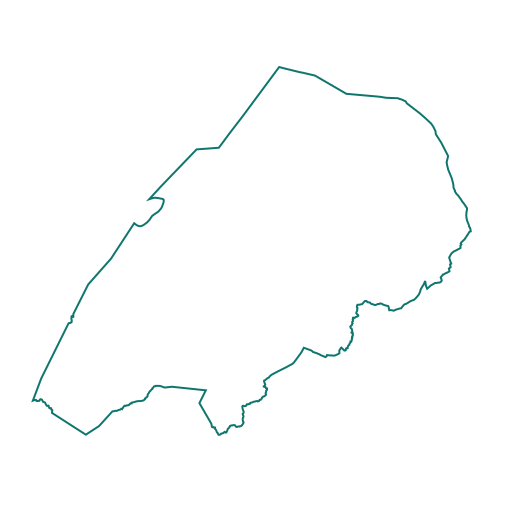 the district of "Øystre Slidre" nor, Oppland, Norway, rotated 274°
{"feature_id": "86288312B23530540977593", "entity_name": "\"Øystre Slidre\" nor", "entity_type": "district", "adm_level": 2, "iso_a3": "NOR", "parent_name": "Norway", "parent_adm1": "Oppland", "projection": "orthographic", "projection_center": [8.948, 61.251], "detail": "fine", "context": "isolated", "style": "outline", "palette": "teal", "viewbox_px": 512, "rotation_deg": 274, "n_neighbors": 0, "source": "geoboundaries", "source_scale": "gbopen_adm2", "svg_char_len": 5962}
<svg xmlns="http://www.w3.org/2000/svg" viewBox="0 0 512 512"><g transform="rotate(274 256 256)"><path d="M361.4,211.4L358.2,189.3L319.0,156.5L305.2,145.5L306.3,148.2L306.9,150.2L307.1,151.3L307.0,154.1L306.4,158.9L306.2,159.4L305.9,159.8L305.2,160.1L302.7,160.0L298.7,158.8L296.8,158.0L293.5,155.5L290.1,151.2L288.6,149.5L284.9,147.4L281.9,145.0L279.8,142.6L278.8,141.2L277.9,139.6L277.6,138.0L277.7,137.2L277.9,136.3L278.4,134.9L280.2,132.2L243.3,111.6L215.9,90.6L185.6,77.9L183.9,77.9L183.7,77.5L183.1,77.6L182.7,78.0L182.4,77.8L182.8,77.1L182.8,76.6L182.9,76.3L182.3,76.1L180.1,76.3L178.9,76.7L177.0,76.6L176.1,74.9L176.1,74.5L175.9,73.9L175.5,73.6L118.9,50.3L96.1,43.5L96.8,45.1L97.1,46.2L97.0,46.7L96.1,47.1L96.0,47.6L96.3,48.9L96.3,49.5L96.4,50.0L96.7,50.2L97.7,50.5L98.1,50.9L97.9,52.1L97.6,52.6L95.6,53.8L95.4,54.8L95.1,55.7L94.1,56.4L93.0,56.9L92.2,57.6L91.9,58.1L92.0,58.7L92.3,59.2L92.2,59.5L90.9,59.9L90.0,60.4L89.7,61.0L90.0,61.9L89.8,62.3L88.5,62.6L88.3,62.8L88.2,63.3L87.9,63.6L86.1,63.4L85.2,63.5L65.9,98.7L75.4,111.3L91.0,123.6L91.2,125.1L91.7,126.1L91.8,127.2L91.7,127.6L91.9,127.9L92.0,128.4L92.9,129.8L93.1,130.9L93.7,131.9L94.2,132.2L93.9,133.0L94.5,133.2L95.5,134.1L96.7,134.5L97.5,135.6L97.3,136.2L97.6,136.9L97.9,137.2L98.1,138.1L98.1,138.8L98.4,139.4L99.2,140.2L99.7,140.4L99.9,140.7L99.9,141.2L100.4,141.7L100.8,141.9L100.7,142.1L100.9,142.1L102.9,147.7L103.3,151.4L104.1,153.9L105.6,155.4L106.0,155.2L107.1,156.1L107.3,156.7L108.3,157.5L110.5,157.7L111.1,158.2L113.5,159.4L113.9,160.0L114.3,160.1L115.7,161.3L116.0,161.8L116.5,162.0L116.9,161.9L117.4,162.5L119.0,163.6L119.0,164.5L119.5,165.1L119.7,169.3L118.4,174.2L119.7,181.2L118.5,215.3L105.3,209.8L85.5,223.2L82.6,223.9L82.2,224.4L82.2,225.3L82.3,225.4L81.9,225.8L81.9,226.0L81.9,226.5L82.1,226.8L82.0,227.1L80.6,227.3L79.5,228.4L77.5,229.2L76.7,230.2L75.3,230.8L75.0,231.7L75.3,232.6L75.6,233.0L76.3,233.5L76.5,234.3L76.9,235.1L77.0,235.7L78.4,236.9L78.2,237.4L78.1,237.5L77.7,238.1L77.8,238.4L78.0,238.4L78.6,239.1L81.4,239.9L83.1,241.3L83.5,241.4L84.2,242.0L84.7,242.0L85.2,243.1L85.3,243.4L85.4,244.4L85.7,245.1L85.8,245.9L85.6,246.9L84.7,247.6L84.2,248.2L84.1,248.5L84.2,249.1L84.8,250.6L84.8,251.6L85.0,251.8L85.3,252.9L86.0,253.7L86.8,254.1L87.9,254.9L89.0,255.2L89.3,255.2L89.8,254.6L92.4,254.1L93.7,254.2L94.6,254.7L95.4,254.7L96.1,254.3L97.5,253.7L98.3,254.4L99.7,254.6L102.1,253.5L104.5,252.9L104.8,252.8L105.5,253.2L105.7,253.5L105.4,255.2L105.6,256.1L106.2,256.8L107.4,257.1L107.5,257.3L107.5,257.9L107.5,258.6L108.1,259.5L108.0,259.8L108.0,260.1L108.9,260.4L109.3,261.0L109.5,262.1L110.5,264.0L110.6,264.6L111.3,266.6L111.4,267.2L111.2,267.5L111.1,267.8L111.5,269.1L112.8,269.7L112.9,270.0L112.9,270.7L113.1,270.9L114.4,271.8L114.9,271.8L115.5,272.1L116.5,273.4L116.6,274.1L117.8,275.4L118.7,275.6L119.6,275.1L121.1,275.6L122.0,275.4L123.3,276.3L124.6,276.3L124.7,275.4L124.8,275.2L126.0,274.5L126.0,273.7L126.2,272.9L126.3,272.8L126.6,272.9L127.5,273.8L128.3,274.2L131.4,272.8L132.3,272.8L132.8,273.8L134.7,275.7L135.3,276.7L135.5,277.2L136.8,278.0L138.6,279.8L142.5,286.0L146.9,293.5L151.0,300.0L152.3,301.2L161.4,307.0L163.8,308.4L167.8,310.1L165.7,317.4L165.3,318.3L164.2,319.6L163.5,322.6L162.4,326.0L161.4,328.0L160.0,332.5L161.4,333.7L162.1,333.8L162.0,337.4L162.1,341.3L163.5,344.1L164.8,346.0L167.6,345.7L170.1,347.1L170.6,347.6L167.9,350.6L167.8,351.3L168.3,352.1L169.1,352.0L170.1,352.3L170.3,352.7L170.0,352.9L170.4,353.6L170.6,353.4L171.5,353.9L172.9,354.2L173.7,354.9L173.9,355.3L175.3,355.5L175.6,355.9L176.3,356.2L177.3,356.2L177.3,356.5L177.1,356.9L177.3,357.1L178.5,357.2L179.4,357.6L180.4,357.3L181.2,357.8L181.6,357.4L182.5,357.5L183.3,358.2L184.1,357.9L184.8,358.1L185.5,358.0L185.8,357.9L186.0,356.9L186.2,356.6L186.5,356.7L186.6,357.1L187.0,357.4L187.6,357.4L188.1,357.1L188.9,357.0L189.8,356.7L190.9,355.4L192.1,355.0L192.9,355.5L193.2,356.0L193.9,356.5L194.9,356.7L195.5,357.1L196.1,356.6L197.1,356.6L197.9,357.3L199.4,356.9L199.9,357.4L201.0,357.0L201.3,357.2L201.1,358.2L201.1,358.6L201.5,358.9L202.1,359.9L202.5,360.9L203.1,361.9L203.5,362.2L204.2,362.0L204.5,361.6L204.9,360.9L206.0,360.0L207.2,360.2L208.8,360.8L210.0,360.6L210.7,360.9L211.4,360.8L212.0,360.2L213.5,360.3L214.2,360.5L214.5,360.8L214.5,362.0L215.4,365.2L218.5,367.6L218.7,368.1L218.8,369.0L218.6,369.2L218.7,369.4L218.1,370.1L217.9,370.6L217.7,370.7L217.5,372.9L216.7,373.6L216.2,374.6L216.1,375.7L215.7,376.5L215.6,377.4L215.5,377.9L215.4,378.3L215.5,378.8L216.6,381.0L216.7,382.2L217.3,383.0L217.3,383.4L217.2,384.5L216.2,386.7L215.7,388.7L215.3,391.3L214.3,391.9L211.2,392.7L211.4,394.1L211.3,396.0L211.0,397.2L212.2,399.2L213.6,402.9L214.0,404.5L216.1,405.8L218.0,407.3L218.9,409.4L221.7,413.2L223.4,416.8L225.5,418.7L229.0,421.2L232.5,422.4L234.2,422.6L238.2,424.6L238.8,425.1L241.8,426.1L242.9,426.7L241.9,426.7L238.0,427.7L235.3,429.0L239.0,432.6L239.5,433.5L241.4,436.2L242.4,441.2L243.4,442.5L244.7,443.0L247.6,441.7L250.0,443.5L250.5,443.7L250.6,444.3L252.2,446.6L252.3,447.3L252.7,447.6L253.5,449.1L254.3,450.1L257.0,449.3L258.3,450.9L261.1,450.2L262.0,451.3L263.7,450.4L268.0,448.8L272.2,450.8L274.4,453.1L275.7,455.5L277.0,457.4L277.5,458.5L278.4,459.5L280.7,459.2L281.7,460.0L282.5,459.3L283.3,459.6L284.2,460.1L287.2,462.9L290.5,464.8L291.5,465.2L292.0,465.7L294.7,467.0L295.4,467.9L295.6,468.5L297.8,468.0L299.1,467.5L300.2,466.5L300.8,466.5L302.3,465.9L306.0,464.1L308.7,463.3L311.4,462.9L314.5,462.9L317.2,463.3L318.7,463.0L323.2,459.4L324.7,457.9L326.1,457.0L330.4,453.5L332.2,451.4L334.6,449.8L335.1,449.9L337.3,448.6L338.8,448.1L339.9,448.1L342.0,447.6L347.3,445.8L355.6,441.7L359.3,440.5L362.7,439.6L369.1,440.7L382.1,432.8L390.0,426.9L393.1,426.3L397.1,424.0L400.2,421.6L405.1,415.6L409.6,409.7L418.8,395.8L420.7,394.5L422.4,390.0L422.6,388.5L423.3,386.7L422.9,374.9L423.5,368.2L424.1,334.8L440.1,302.2L442.2,289.2L442.3,287.6L445.2,270.7L446.1,265.9L394.7,233.1L376.3,220.9L361.4,211.4Z" fill="none" stroke="#0f766e" stroke-width="2"/></g></svg>